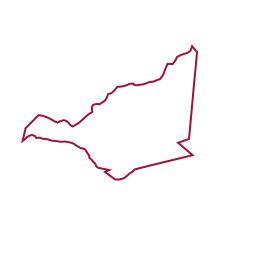 the district of Tacaimbó, Pernambuco, Brazil, rotated 240°
{"feature_id": "56859067B67838199851802", "entity_name": "Tacaimbó", "entity_type": "district", "adm_level": 2, "iso_a3": "BRA", "parent_name": "Brazil", "parent_adm1": "Pernambuco", "projection": "equal_earth", "projection_center": [-36.247, -8.34], "detail": "fine", "context": "isolated", "style": "outline", "palette": "rose", "viewbox_px": 256, "rotation_deg": 240, "n_neighbors": 0, "source": "geoboundaries", "source_scale": "gbopen_adm2", "svg_char_len": 1450}
<svg xmlns="http://www.w3.org/2000/svg" viewBox="0 0 256 256"><g transform="rotate(240 128 128)"><path d="M72.2,170.4L76.9,168.7L90.2,164.0L88.0,175.3L109.7,190.7L131.0,205.7L139.5,211.7L143.5,214.6L145.7,216.2L159.3,225.8L166.7,224.4L163.8,220.9L163.3,217.2L164.9,209.9L164.9,205.9L162.6,202.4L161.0,198.7L163.8,194.3L159.6,188.7L158.1,187.1L156.2,184.5L154.3,180.1L154.9,177.7L155.3,173.8L157.2,169.2L157.7,165.5L158.3,162.6L159.4,160.3L160.4,157.3L162.0,155.0L163.8,154.8L165.5,151.4L165.7,148.2L166.4,145.4L167.5,142.3L169.0,139.3L167.6,135.9L166.4,130.8L167.3,127.8L165.0,124.9L163.2,121.7L163.0,118.7L162.8,115.2L164.5,112.9L165.5,109.6L164.1,107.0L159.5,104.9L159.7,101.9L159.4,99.4L158.8,96.2L157.9,92.9L157.1,87.9L156.9,85.1L157.0,80.8L159.7,79.4L162.3,79.0L164.7,78.3L166.9,76.3L167.8,72.4L168.0,69.7L171.0,67.4L173.6,66.0L175.8,64.6L177.6,63.3L181.4,60.1L183.8,56.9L179.1,39.3L169.5,30.2L169.8,33.1L170.6,36.2L170.6,39.0L169.9,41.4L167.7,43.3L165.2,43.7L163.7,46.8L161.2,48.8L159.8,51.2L157.9,53.2L155.3,55.5L153.0,58.7L151.0,61.2L149.5,63.1L148.0,66.4L145.8,69.0L143.6,71.5L141.4,73.2L138.9,74.3L136.3,75.8L133.9,77.1L132.3,79.3L130.6,80.2L126.0,80.3L123.3,80.6L121.6,79.6L119.6,80.3L113.3,81.7L110.5,81.4L108.4,82.3L105.5,85.6L101.0,90.7L101.4,86.1L89.9,91.1L87.6,95.1L86.6,99.4L86.9,102.5L87.8,106.4L87.8,110.2L88.8,113.0L84.5,128.2L80.9,140.6L78.4,149.0L76.1,156.9L72.2,170.4Z" fill="none" stroke="#9f1239" stroke-width="2"/></g></svg>